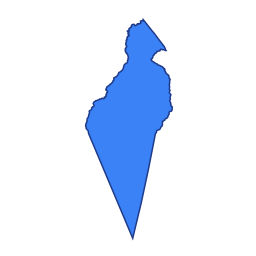 the district of South Imenti, Eastern, Kenya, rotated 275°
{"feature_id": "3690345B43224395015109", "entity_name": "South Imenti", "entity_type": "district", "adm_level": 2, "iso_a3": "KEN", "parent_name": "Kenya", "parent_adm1": "Eastern", "projection": "robinson", "projection_center": [37.719, -0.117], "detail": "fine", "context": "isolated", "style": "filled", "palette": "blue", "viewbox_px": 256, "rotation_deg": 275, "n_neighbors": 0, "source": "geoboundaries", "source_scale": "gbopen_adm2", "svg_char_len": 6085}
<svg xmlns="http://www.w3.org/2000/svg" viewBox="0 0 256 256"><g transform="rotate(275 128 128)"><path d="M18.6,142.3L53.8,147.6L90.0,152.1L124.7,155.8L125.7,156.5L126.1,156.7L126.7,156.6L127.8,156.9L128.3,157.2L128.4,157.5L128.5,158.1L128.9,159.0L129.5,159.7L129.9,160.1L131.3,160.5L132.1,160.9L132.4,161.2L132.7,161.6L133.0,161.8L134.6,162.1L135.3,161.9L135.7,161.8L136.6,161.9L137.2,161.7L137.7,161.8L137.8,162.3L138.1,162.7L138.5,162.9L138.8,163.3L138.8,163.8L139.2,164.0L139.7,164.1L140.0,164.2L140.5,164.5L140.7,164.9L140.8,165.3L141.4,166.1L141.9,166.2L142.1,166.6L142.6,166.7L143.0,166.7L143.7,167.0L144.3,167.1L144.9,167.6L145.4,167.7L145.9,167.7L146.2,167.5L146.7,167.5L147.6,167.7L148.0,168.1L148.2,168.4L148.2,169.0L148.4,169.5L148.7,169.9L149.6,170.3L150.2,170.4L150.9,170.3L151.3,170.2L151.8,170.1L152.2,170.2L152.6,170.2L153.1,170.1L153.3,169.9L153.5,169.6L153.5,169.2L153.8,169.0L154.1,168.8L154.5,168.6L154.9,168.5L155.2,168.7L155.6,168.7L156.3,168.3L156.9,168.2L157.3,168.1L157.7,167.8L158.1,167.4L158.6,167.1L159.1,167.2L159.8,167.6L160.1,167.7L160.7,167.6L161.7,167.3L162.1,167.3L162.7,167.4L163.1,167.4L164.5,167.8L165.0,167.8L165.4,167.6L165.9,166.8L166.3,166.3L167.0,166.1L167.4,166.1L168.5,166.3L168.9,166.5L169.2,166.5L170.1,166.0L170.6,165.8L172.2,165.9L172.5,165.8L172.8,165.7L173.9,165.6L174.6,165.3L175.2,165.4L175.7,165.5L176.8,165.6L177.4,165.4L177.9,165.3L178.7,165.5L179.6,165.7L180.2,165.7L180.5,165.5L180.5,165.2L180.8,164.9L181.5,164.7L182.0,164.4L182.4,164.3L183.5,164.1L184.0,163.9L185.2,162.1L185.6,161.7L185.7,161.3L186.0,161.0L186.4,161.0L186.7,160.6L187.7,160.3L188.1,159.7L188.4,159.4L188.8,159.3L189.3,159.7L189.6,159.6L189.9,159.3L190.4,159.0L190.4,158.5L190.6,158.1L191.0,158.0L191.3,157.6L192.0,157.0L192.1,156.5L192.2,156.0L192.4,155.5L192.7,155.0L192.9,154.6L193.1,154.1L193.2,153.7L193.2,152.7L193.5,152.3L193.8,152.2L194.3,151.6L194.4,150.9L194.7,149.9L195.3,149.0L195.6,148.3L196.0,147.9L196.2,147.4L196.3,147.0L196.9,145.9L197.4,145.8L197.9,145.1L198.2,145.0L198.5,145.0L198.7,145.5L199.2,145.7L199.9,146.4L200.4,146.5L200.8,146.4L201.2,146.5L201.8,146.5L202.5,147.3L203.7,147.8L204.0,148.1L204.5,148.2L204.7,148.5L204.8,148.9L205.0,149.2L205.5,149.4L205.7,149.9L206.8,150.2L207.0,150.5L207.0,150.9L207.1,151.2L207.5,152.2L207.5,152.7L207.7,153.1L208.2,153.1L208.5,153.3L208.9,153.4L209.2,153.6L209.4,153.9L209.0,154.9L209.1,155.9L209.0,157.0L208.4,158.6L208.5,159.1L208.8,158.8L210.2,158.2L211.5,157.5L212.5,156.8L217.1,152.6L219.7,150.2L222.0,148.2L224.9,145.6L227.0,143.4L229.9,140.7L237.4,133.6L237.0,133.5L236.2,133.8L235.8,133.5L235.9,133.1L236.1,132.7L236.0,132.0L235.8,131.5L235.5,131.1L235.0,131.1L234.4,131.3L234.1,131.6L233.7,131.6L233.3,131.4L233.2,130.9L232.5,129.8L232.8,129.6L232.9,129.1L232.7,128.7L232.6,128.3L232.3,128.1L231.9,128.1L231.8,127.8L231.4,127.5L231.1,127.1L230.8,126.9L230.6,126.5L230.6,126.1L230.8,125.7L231.2,125.6L231.5,125.4L231.8,124.9L231.8,124.5L231.6,124.1L231.4,123.2L231.1,122.9L230.8,122.9L230.0,122.4L229.7,122.3L229.4,122.5L229.0,122.6L228.6,122.5L228.4,122.0L228.2,121.4L227.8,121.2L227.3,120.7L227.1,120.4L226.8,120.3L226.4,120.3L225.9,120.5L225.0,120.9L224.8,120.6L224.9,120.2L224.9,119.8L224.8,119.3L224.5,118.9L224.1,119.1L223.9,119.5L223.2,119.8L223.1,120.1L223.0,120.4L222.7,120.4L222.4,120.2L222.1,119.8L221.7,120.2L221.5,120.5L221.2,120.2L220.8,120.3L220.8,120.8L220.4,121.1L220.0,120.8L219.6,120.7L219.4,119.9L218.9,119.4L218.4,119.4L217.9,119.4L217.5,119.1L217.1,119.2L216.8,119.4L216.5,119.3L216.2,118.9L215.9,118.8L215.6,119.0L215.1,118.9L214.8,118.6L214.4,118.8L213.6,118.9L213.2,118.7L212.8,118.7L212.5,118.5L212.1,118.5L210.8,118.6L210.3,119.1L210.0,119.0L209.7,119.3L209.3,119.4L208.9,119.6L208.6,119.4L208.2,119.4L207.9,119.2L207.6,118.8L206.8,118.6L206.4,118.3L206.0,118.4L205.6,118.6L205.1,118.8L204.8,118.6L204.3,118.6L203.9,119.0L203.4,119.3L202.7,119.5L202.6,119.9L202.5,120.3L202.0,120.2L201.3,120.9L201.1,121.2L200.7,121.5L200.2,121.6L199.2,121.9L198.9,122.1L198.6,122.1L198.2,122.2L197.7,122.3L197.4,122.0L197.0,121.9L196.5,122.1L196.1,122.0L195.0,121.6L194.5,121.7L194.2,121.7L193.5,121.8L193.1,121.6L192.7,121.2L192.5,120.8L192.3,120.3L191.9,120.0L191.6,119.8L191.3,119.5L191.1,119.0L190.7,118.8L189.8,118.6L188.7,118.3L187.9,118.2L185.4,117.6L184.8,116.9L183.2,115.4L182.8,114.5L182.5,114.1L182.1,113.9L181.5,113.8L180.3,113.5L180.1,113.3L179.5,112.8L179.1,112.6L178.6,112.3L178.2,112.0L177.7,111.1L177.3,110.7L177.1,110.3L177.0,109.9L176.6,109.5L175.0,109.7L174.4,109.7L174.2,109.2L173.9,109.0L173.6,109.1L173.1,109.0L172.5,108.6L172.1,108.5L171.9,108.4L171.2,107.6L170.9,107.3L170.5,107.2L170.2,106.9L169.9,106.3L169.5,106.2L169.1,105.6L168.7,105.4L167.8,104.2L167.1,103.4L166.3,103.3L166.0,103.2L165.7,102.9L165.3,102.8L165.0,103.0L164.6,102.9L164.2,102.6L163.6,103.1L163.5,103.5L163.2,103.7L163.0,104.1L162.7,104.4L162.0,104.3L161.5,104.1L161.2,103.7L160.6,103.7L160.3,103.6L159.8,103.4L159.3,103.3L158.9,103.1L158.6,103.1L158.3,103.2L158.0,103.5L157.6,103.3L157.3,103.0L157.0,102.8L156.7,101.8L156.2,101.8L156.1,102.1L155.6,101.8L155.3,101.5L155.1,101.2L155.1,100.8L155.5,100.0L155.4,99.5L154.6,98.8L154.4,98.3L154.3,97.0L154.0,96.8L153.6,96.6L153.4,95.8L153.1,95.5L152.9,95.2L152.4,93.5L152.1,93.4L151.8,93.0L151.5,92.6L150.8,91.8L150.1,91.4L149.6,91.3L149.3,91.2L149.0,91.3L148.7,91.5L148.4,91.8L147.5,92.2L147.1,92.3L146.7,92.2L146.3,91.9L146.2,91.3L146.0,90.9L145.4,90.4L145.1,90.2L144.8,90.0L144.5,90.1L143.6,90.1L143.1,89.9L142.7,89.7L142.5,89.4L142.1,88.3L141.7,88.2L141.2,87.9L140.7,87.9L140.3,88.2L139.8,88.4L139.3,88.3L138.9,88.2L138.1,87.8L137.7,87.8L137.3,87.8L136.8,87.6L136.4,87.6L135.9,87.6L135.5,87.6L135.2,87.6L134.9,87.4L134.7,87.1L134.1,86.6L133.8,86.5L133.3,86.5L133.0,86.6L132.5,86.5L132.1,86.4L131.0,86.7L130.6,86.5L130.2,86.2L129.4,86.2L128.7,85.8L128.4,85.7L128.0,85.6L127.7,85.7L126.9,85.9L126.3,85.6L125.9,85.7L125.6,86.0L125.2,86.3L124.6,86.3L124.1,86.3L123.8,86.5L122.7,87.5L122.4,87.9L122.1,88.4L121.5,88.5L121.1,88.7L120.7,88.8L119.8,89.1L119.3,89.1L18.6,142.3Z" fill="#3b82f6" stroke="#1e3a8a" stroke-width="1.5"/></g></svg>